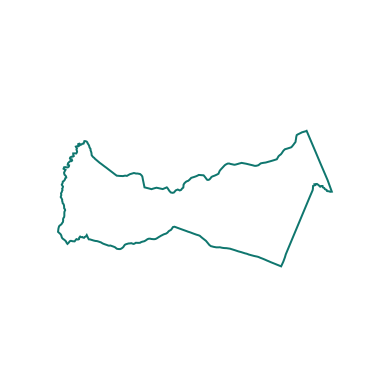 the district of Senador Guiomard, Acre, Brazil, rotated 43°
{"feature_id": "56859067B6491978564654", "entity_name": "Senador Guiomard", "entity_type": "district", "adm_level": 2, "iso_a3": "BRA", "parent_name": "Brazil", "parent_adm1": "Acre", "projection": "orthographic", "projection_center": [-67.514, -9.978], "detail": "fine", "context": "isolated", "style": "outline", "palette": "teal", "viewbox_px": 384, "rotation_deg": 43, "n_neighbors": 0, "source": "geoboundaries", "source_scale": "gbopen_adm2", "svg_char_len": 5364}
<svg xmlns="http://www.w3.org/2000/svg" viewBox="0 0 384 384"><g transform="rotate(43 192 192)"><path d="M294.0,96.4L283.2,90.9L276.4,87.9L266.4,83.5L255.5,78.6L234.1,69.1L233.7,70.1L233.0,71.2L231.7,73.4L231.3,74.6L230.8,75.9L230.4,77.0L230.0,78.0L229.8,79.0L230.3,79.9L230.8,80.8L231.4,81.6L232.1,82.6L232.7,83.6L233.4,84.5L233.7,85.3L233.7,86.5L233.9,87.7L234.0,88.9L234.1,90.3L234.1,91.5L233.4,92.9L232.7,94.1L232.1,95.2L231.5,96.2L230.8,97.4L230.7,99.4L230.9,100.7L231.2,102.5L231.3,103.9L231.0,105.4L230.9,106.8L231.7,110.2L229.9,113.4L228.3,116.1L227.3,117.7L225.8,120.2L224.8,121.4L223.7,122.8L222.7,124.3L222.5,125.8L222.3,127.1L221.7,128.1L220.9,129.3L219.7,130.3L218.5,130.9L212.3,134.4L208.4,136.9L207.6,138.2L206.9,139.3L206.4,140.2L205.9,141.0L205.3,142.0L204.6,143.0L203.6,143.7L202.7,144.2L201.9,144.7L200.9,145.3L199.8,145.8L198.7,146.9L198.2,148.2L197.9,149.1L197.7,150.2L197.7,151.4L197.7,152.7L197.7,153.7L197.7,154.6L197.7,155.9L197.8,157.5L198.3,159.0L198.9,160.6L198.3,162.4L197.6,164.1L196.9,165.6L196.3,166.7L196.0,167.9L196.2,169.5L196.2,170.9L195.8,171.9L194.9,172.7L193.6,172.6L192.7,172.4L191.5,172.2L190.2,172.0L189.1,171.9L185.3,174.9L185.0,175.9L184.4,177.4L183.9,178.4L183.1,179.9L182.4,181.1L181.8,182.2L181.8,184.6L181.6,186.4L181.0,187.5L180.6,188.7L180.5,191.0L180.9,192.5L181.5,193.2L182.6,194.7L182.4,196.3L182.6,197.9L182.0,199.2L180.8,199.6L179.9,199.9L179.0,201.9L179.1,203.6L179.1,204.8L178.3,205.9L176.8,206.8L174.5,206.6L171.8,205.9L170.4,205.8L169.1,208.7L168.6,209.8L167.3,210.6L166.1,211.3L164.4,212.3L163.1,213.1L161.9,215.0L161.0,216.5L160.5,217.5L158.6,218.5L154.1,221.0L151.4,219.1L149.6,217.8L147.6,216.4L146.4,215.5L145.0,214.5L143.4,214.2L141.7,214.3L140.6,215.0L139.6,215.6L138.4,216.7L136.6,217.7L135.4,219.7L134.4,221.4L133.4,224.6L132.1,225.5L131.5,226.2L130.7,227.4L128.0,229.7L126.8,230.6L125.8,231.4L123.0,231.7L120.8,231.9L114.7,232.5L112.5,232.7L111.0,232.9L106.9,233.3L104.5,233.6L98.1,233.9L97.2,233.7L96.2,233.9L95.0,233.8L93.5,233.5L92.6,232.7L91.8,232.0L90.5,231.2L89.4,230.7L88.4,229.7L86.7,229.3L85.3,228.4L84.0,227.9L82.5,227.6L81.7,227.1L80.5,227.0L79.4,227.5L78.6,228.2L79.4,229.7L79.7,230.6L78.9,231.4L78.8,232.7L78.0,233.3L76.7,233.4L76.1,234.5L76.9,235.4L77.9,235.1L77.7,236.1L76.6,237.1L76.1,238.0L77.1,238.4L78.1,238.6L78.6,239.8L79.6,240.3L80.6,241.0L81.1,242.7L79.9,243.7L78.8,244.8L79.9,245.9L81.0,246.3L80.8,247.3L79.8,248.4L79.4,249.7L79.7,250.6L80.7,250.9L81.7,250.1L82.9,250.8L82.7,251.8L81.8,252.7L81.7,254.2L81.7,255.5L82.5,256.9L83.9,256.3L84.6,257.4L84.4,258.6L83.8,259.3L82.5,260.1L81.6,261.1L82.2,262.6L83.4,262.4L84.4,262.1L84.7,263.4L85.2,265.0L86.1,265.8L87.1,266.3L88.0,266.3L89.2,266.5L90.2,267.2L89.9,268.4L90.5,269.4L90.7,270.4L90.7,271.5L90.4,272.5L91.1,273.4L91.5,274.5L91.8,275.5L92.9,275.8L93.9,276.0L94.6,277.1L94.8,278.2L96.0,278.9L96.3,280.0L96.8,280.9L97.1,282.3L98.5,283.4L99.4,285.2L100.9,285.6L102.4,286.2L103.1,287.1L104.1,287.6L105.1,288.4L106.4,288.5L107.5,289.1L108.2,289.7L109.0,290.5L109.8,291.2L110.9,291.3L111.7,291.9L112.1,293.3L112.6,294.0L113.2,294.7L114.8,296.4L115.6,297.6L115.8,299.0L116.5,300.1L117.3,300.8L118.1,302.1L118.2,303.2L118.5,304.7L118.3,305.9L118.1,307.1L118.3,308.0L118.8,309.0L119.3,309.9L121.2,312.5L124.7,312.5L126.0,312.9L126.9,313.5L128.0,314.1L129.2,314.3L130.8,314.1L132.3,314.0L133.7,314.1L134.6,314.6L136.3,314.9L136.4,313.7L136.3,312.4L136.2,311.3L136.7,310.3L138.3,309.4L139.8,308.2L139.7,307.0L139.6,305.3L141.0,304.6L141.5,303.6L140.7,302.4L140.6,300.9L141.6,300.8L142.5,299.7L143.5,299.6L144.3,299.1L144.2,298.1L144.7,296.9L144.4,295.3L147.3,296.5L148.8,297.0L149.8,296.2L153.1,294.6L154.7,293.7L156.0,292.7L157.4,292.0L159.9,290.9L161.1,290.7L162.2,290.4L163.9,289.7L165.9,288.8L167.2,288.3L168.0,287.8L168.8,286.8L170.2,286.2L172.0,285.4L173.5,284.9L175.6,284.8L176.5,284.3L177.6,283.5L178.4,282.7L178.9,281.6L179.2,280.2L179.3,279.0L179.0,277.5L178.9,276.4L179.3,275.3L180.0,274.1L180.7,272.9L181.8,271.8L182.4,270.9L183.8,270.3L184.8,269.7L185.2,268.8L185.5,267.5L187.9,265.4L188.7,264.4L189.0,263.2L189.9,261.7L190.6,260.7L191.1,259.3L191.4,257.9L191.6,256.9L192.2,255.7L193.2,254.7L194.3,254.1L196.2,252.6L196.8,252.0L197.4,251.2L198.0,249.5L198.4,247.7L198.7,246.8L199.1,245.3L199.7,243.7L200.1,242.5L200.6,241.5L201.4,240.1L201.8,238.4L201.7,236.8L201.9,235.6L202.4,234.4L202.4,233.1L202.2,232.0L202.0,230.6L202.9,229.3L205.1,228.4L211.7,225.6L214.7,224.3L216.0,223.8L218.3,222.7L220.8,221.7L224.3,220.2L226.3,219.2L227.6,218.7L228.7,218.7L230.7,218.6L235.5,218.2L238.6,218.6L240.8,218.9L242.8,218.7L244.0,218.0L245.0,217.5L246.1,216.8L247.5,215.9L248.9,214.6L250.1,213.4L252.0,212.3L253.7,211.1L255.6,209.5L257.2,208.4L258.5,207.5L259.8,206.9L260.8,206.4L263.3,205.2L266.4,203.8L268.8,202.5L272.8,200.6L273.8,200.0L275.1,199.4L276.0,199.1L276.9,198.6L278.3,197.9L279.4,197.3L281.1,196.4L282.1,195.8L283.4,195.0L284.3,194.5L285.2,194.1L286.9,193.5L289.1,192.6L291.8,191.6L293.3,191.1L294.9,190.5L296.0,190.1L297.2,189.7L307.9,185.6L306.3,180.7L304.5,176.4L303.1,173.6L300.2,165.8L281.6,115.6L279.0,108.4L278.0,106.9L277.1,105.9L276.4,104.9L277.4,103.0L276.4,102.7L277.0,101.9L277.9,100.9L279.9,100.6L281.0,100.7L282.1,100.7L282.2,99.7L283.4,98.6L284.4,99.4L286.0,98.9L287.2,99.3L289.0,98.7L289.9,99.2L290.8,98.8L291.6,98.1L292.9,97.6L294.0,96.4Z" fill="none" stroke="#0f766e" stroke-width="2"/></g></svg>